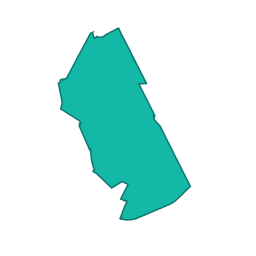 Pekela, Groningen, Netherlands, rotated 298°
{"feature_id": "6326949B23781869832048", "entity_name": "Pekela", "entity_type": "district", "adm_level": 2, "iso_a3": "NLD", "parent_name": "Netherlands", "parent_adm1": "Groningen", "projection": "natural_earth1", "projection_center": [6.972, 53.067], "detail": "fine", "context": "isolated", "style": "filled", "palette": "teal", "viewbox_px": 256, "rotation_deg": 298, "n_neighbors": 0, "source": "geoboundaries", "source_scale": "gbopen_adm2", "svg_char_len": 5246}
<svg xmlns="http://www.w3.org/2000/svg" viewBox="0 0 256 256"><g transform="rotate(298 128 128)"><path d="M178.5,119.8L179.2,118.8L179.9,117.8L180.8,116.6L181.7,115.2L182.7,113.8L183.7,112.5L185.5,109.8L189.4,104.3L189.5,103.5L189.6,103.2L189.7,102.9L189.7,102.7L189.9,102.5L190.0,102.2L190.4,102.9L190.6,102.6L191.3,101.6L194.8,96.6L195.2,96.1L195.5,95.6L197.1,93.5L197.3,93.1L198.1,92.0L199.6,89.9L201.1,87.7L202.9,85.1L203.9,83.7L204.8,82.4L205.7,81.0L206.5,80.0L207.4,78.6L209.5,75.7L209.8,75.2L210.3,74.7L211.2,73.7L211.7,72.9L211.7,72.7L210.1,71.4L209.0,70.7L207.5,69.8L206.8,69.3L206.4,69.1L206.1,68.8L205.4,68.3L204.7,67.8L204.4,67.5L204.0,67.3L203.1,66.8L202.6,66.5L201.6,65.8L200.9,65.2L200.2,64.9L199.8,64.6L199.5,64.4L199.3,64.3L198.9,64.1L198.7,64.0L197.3,63.3L196.8,63.0L196.6,62.9L196.4,62.8L196.1,62.6L196.0,62.4L195.2,61.0L194.6,59.8L194.3,59.2L194.0,58.2L194.2,57.5L193.7,57.3L193.2,57.1L192.9,56.9L192.3,56.7L191.3,56.1L193.0,54.4L193.2,54.2L193.3,54.1L194.2,53.0L194.5,52.8L194.6,52.7L194.9,52.4L195.1,52.3L195.4,52.2L195.5,52.1L195.8,52.0L196.0,52.0L194.8,51.1L193.9,50.4L188.0,50.4L186.6,50.4L179.7,50.4L176.3,50.4L174.1,50.4L170.7,50.3L170.0,50.3L167.5,50.3L163.7,50.4L160.9,50.4L160.0,50.4L149.7,50.4L144.5,50.4L144.2,50.9L139.9,48.0L140.7,47.2L138.3,45.6L136.9,46.9L136.7,46.8L135.3,45.8L135.1,45.7L134.9,45.5L134.6,45.8L134.0,46.3L133.4,46.8L133.1,47.0L132.8,47.2L132.4,47.6L132.2,47.8L131.9,48.0L131.7,48.2L131.1,48.6L130.5,49.1L130.3,49.3L130.0,49.6L129.9,49.6L129.8,49.8L129.7,49.8L129.4,50.0L129.1,50.3L128.9,50.5L128.5,50.8L127.6,51.5L125.6,53.1L124.8,53.8L124.7,53.9L124.3,54.2L123.4,54.9L123.3,55.0L121.8,56.2L119.9,57.7L119.9,57.8L119.7,57.9L118.8,58.2L118.3,58.3L117.9,58.5L116.8,58.8L116.2,59.0L115.7,59.1L115.2,59.3L113.9,59.6L113.0,59.9L113.0,60.2L113.2,61.1L113.2,61.5L113.0,63.3L112.9,64.6L112.6,68.3L112.5,69.4L112.4,71.6L112.0,76.9L111.6,81.9L111.6,82.0L111.5,82.3L111.4,82.3L110.7,82.9L110.6,83.1L109.9,83.7L109.7,83.6L109.8,83.6L109.6,83.4L108.9,83.0L108.8,83.3L108.7,83.9L108.3,84.4L107.0,83.9L106.1,85.0L105.0,86.4L103.9,87.9L102.8,89.1L101.0,91.5L100.1,92.6L99.7,93.1L99.3,93.6L90.8,104.3L91.1,104.3L91.5,104.4L91.9,104.6L91.6,104.8L89.9,106.0L89.2,106.5L88.5,107.0L87.9,107.3L87.3,107.7L87.1,107.9L86.9,108.0L86.4,108.3L86.2,108.4L84.9,109.3L84.1,109.8L83.7,110.0L83.4,110.3L81.3,111.9L81.0,112.2L80.8,112.4L80.6,112.6L80.3,112.8L80.2,113.0L79.9,113.3L78.7,114.4L74.9,118.1L74.6,117.9L73.8,117.3L73.7,117.3L73.3,117.9L73.2,117.9L73.2,118.0L73.1,118.3L73.0,118.5L73.0,119.1L73.1,119.5L73.1,119.9L73.1,120.2L73.1,121.1L73.1,121.3L73.1,121.5L72.9,122.2L72.5,123.4L72.5,123.5L71.8,125.8L71.8,126.1L71.1,128.5L70.8,129.5L70.5,130.5L70.3,131.3L70.0,132.5L68.9,136.4L68.5,137.6L67.8,140.2L67.6,141.0L67.4,141.7L68.4,142.3L69.7,143.1L71.1,143.9L72.9,144.9L73.0,145.0L75.7,146.6L77.9,147.9L78.3,154.5L61.9,154.9L61.9,155.1L62.1,157.8L62.2,159.6L62.8,159.6L62.9,161.3L60.6,161.8L58.7,161.8L57.2,162.0L53.8,162.3L51.2,162.6L48.7,163.0L47.5,163.1L45.3,163.4L44.3,163.5L44.3,164.0L44.4,164.3L44.5,164.3L44.4,164.4L44.7,164.6L45.0,164.9L44.7,164.9L44.6,165.0L44.9,166.3L45.3,167.5L45.6,168.3L45.7,168.7L46.0,169.3L46.6,170.6L46.9,171.2L47.4,171.9L47.8,172.6L48.3,173.4L49.1,174.6L49.8,175.4L50.5,176.2L51.2,176.9L51.6,177.4L52.0,177.7L52.1,177.8L52.3,177.9L52.5,178.2L52.8,178.4L53.4,179.0L54.1,179.5L54.7,180.0L57.1,182.0L57.4,182.2L57.6,182.3L58.2,182.9L59.2,183.7L59.8,184.2L60.8,185.0L62.5,186.4L63.4,187.0L63.5,187.1L64.5,188.0L65.7,188.9L66.2,189.4L69.7,192.1L70.5,192.8L71.5,193.6L72.9,194.8L73.9,195.6L74.7,196.2L75.3,196.7L75.9,197.1L77.7,198.7L78.0,198.8L78.9,199.6L79.7,200.3L80.3,200.7L80.6,200.9L80.9,201.1L81.3,201.4L81.7,201.7L82.0,201.9L82.4,202.1L82.8,202.4L83.2,202.6L83.6,202.8L84.5,203.3L84.9,203.5L85.2,203.6L85.8,203.9L86.3,204.1L86.7,204.2L87.2,204.4L88.3,204.8L88.5,204.9L89.4,205.2L90.3,205.5L91.5,205.9L98.4,208.1L101.0,208.9L103.1,209.6L103.5,209.7L103.9,209.9L105.7,210.5L105.9,210.1L106.9,208.7L107.6,207.8L108.2,206.9L108.6,206.4L110.2,204.2L110.9,203.1L112.1,201.4L113.3,199.8L113.8,199.1L114.6,197.9L114.8,197.6L115.2,197.0L117.1,194.4L118.6,192.3L119.6,190.9L120.2,190.0L121.5,188.1L122.3,187.1L123.1,185.9L123.3,185.5L123.8,184.8L125.2,182.9L126.1,181.6L128.3,178.5L128.6,178.2L129.0,177.5L130.2,175.9L130.9,174.9L131.4,174.2L132.2,173.1L132.7,172.4L133.2,171.6L133.7,170.9L135.9,167.9L136.4,167.2L136.5,167.0L137.5,165.6L138.0,164.9L138.3,164.5L138.6,164.1L138.7,163.9L139.4,163.0L139.6,162.7L139.8,162.4L140.2,161.8L140.6,161.3L140.7,161.1L141.0,160.7L141.2,160.3L141.6,159.7L141.8,159.5L141.9,159.4L142.2,159.1L142.3,159.0L142.4,158.9L142.5,158.8L142.6,158.6L142.7,158.4L142.8,158.2L143.0,157.9L143.2,157.5L143.3,157.4L143.5,157.1L143.7,156.9L144.0,156.5L144.1,156.4L144.8,155.3L144.6,155.1L145.1,153.9L145.4,153.3L145.8,153.1L145.5,152.6L146.4,150.6L147.0,149.2L147.6,147.9L147.7,147.5L147.9,147.0L148.0,146.7L148.1,146.1L148.3,146.0L148.7,146.1L148.9,146.2L149.1,146.2L149.2,146.3L149.3,146.5L151.0,145.9L150.4,144.9L151.7,144.4L152.1,145.1L160.6,133.1L161.6,131.7L162.6,130.2L168.5,121.8L169.9,119.9L170.6,119.0L170.5,118.9L172.0,116.8L175.9,123.4L176.5,122.7L176.8,122.2L177.4,121.3L177.9,120.7L178.5,119.8Z" fill="#14b8a6" stroke="#0f766e" stroke-width="1.5"/></g></svg>